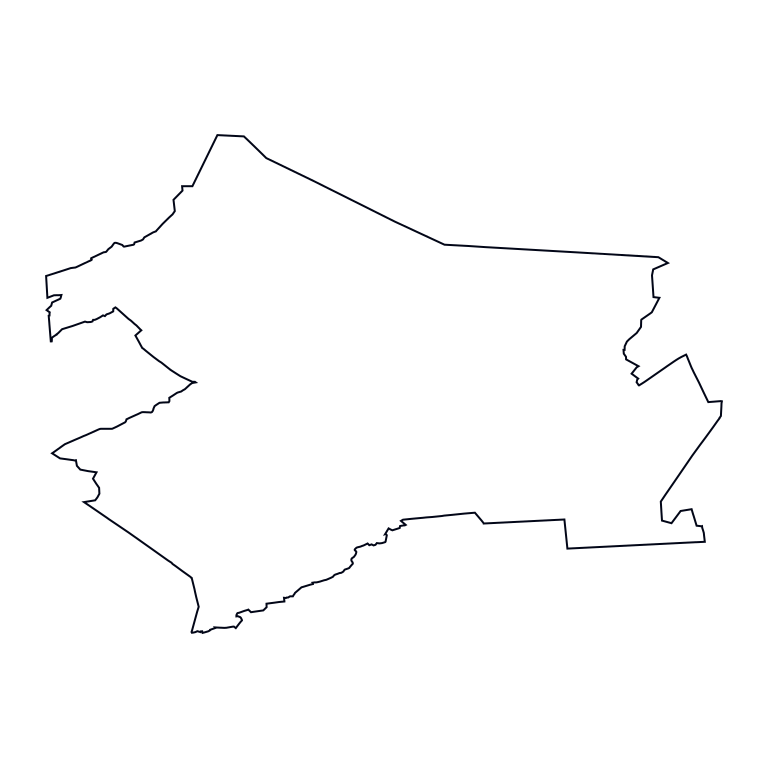 the district of Atašienes pag., Krustpils, Latvia
{"feature_id": "27541924B82770097220603", "entity_name": "Atašienes pag.", "entity_type": "district", "adm_level": 2, "iso_a3": "LVA", "parent_name": "Latvia", "parent_adm1": "Krustpils", "projection": "natural_earth1", "projection_center": [26.419, 56.547], "detail": "fine", "context": "isolated", "style": "outline", "palette": "ink", "viewbox_px": 768, "rotation_deg": 0, "n_neighbors": 0, "source": "geoboundaries", "source_scale": "gbopen_adm2", "svg_char_len": 5888}
<svg xmlns="http://www.w3.org/2000/svg" viewBox="0 0 768 768"><path d="M217.4,135.1L192.4,186.2L182.1,186.2L182.5,190.6L173.5,199.8L174.8,211.1L172.6,214.3L168.9,217.7L162.6,223.9L156.4,230.7L156.3,230.8L156.0,231.3L153.1,232.4L144.6,237.2L144.3,237.4L143.1,239.3L142.9,239.5L141.3,240.4L140.8,240.6L134.6,242.5L134.1,244.3L133.6,244.7L124.3,246.6L123.6,246.5L122.3,245.0L117.4,243.2L116.3,242.9L115.7,242.8L114.6,242.9L113.9,243.5L111.6,246.7L108.8,248.8L108.3,249.2L106.2,251.8L105.2,252.1L103.6,252.3L91.2,258.2L91.1,258.6L91.2,259.0L91.7,259.7L91.5,260.0L82.3,264.3L77.9,266.4L75.5,267.5L72.9,267.8L70.7,268.1L64.3,270.2L46.1,276.0L47.4,297.8L53.4,295.5L53.9,295.3L56.6,295.2L58.8,295.2L60.2,295.1L61.4,295.0L61.2,295.7L60.8,297.4L60.3,298.7L52.1,302.5L51.2,305.8L49.8,307.0L46.6,310.1L49.7,312.3L49.6,312.5L49.5,315.4L49.4,315.4L48.7,315.7L49.3,322.8L49.4,324.3L50.0,331.6L50.8,341.4L51.7,341.4L51.8,341.1L51.9,337.7L54.6,335.8L56.6,334.6L56.5,334.4L58.2,333.1L62.1,329.2L72.5,326.0L85.0,321.6L87.1,322.2L90.8,322.0L92.5,321.4L93.1,319.9L94.6,319.9L96.6,319.1L100.2,317.2L103.0,315.4L104.9,316.1L106.5,314.4L109.5,313.4L113.2,311.4L113.3,308.8L115.4,307.4L116.7,308.3L128.5,318.9L131.0,320.7L134.6,324.0L136.4,325.4L136.6,325.6L140.1,329.2L141.3,330.3L135.4,335.5L139.0,342.0L140.7,345.2L142.3,348.1L143.1,348.5L146.3,351.2L153.5,357.0L159.0,361.1L161.4,362.6L169.8,369.3L170.4,369.7L170.4,369.8L176.3,373.6L180.4,376.2L185.9,378.8L192.4,381.8L194.9,381.8L195.7,382.4L192.8,382.9L192.1,383.1L190.4,384.2L189.6,384.9L184.9,389.2L182.9,390.3L181.2,391.5L177.8,392.5L176.9,392.9L172.8,395.6L169.3,397.8L169.4,400.3L169.4,401.1L168.7,402.3L162.9,402.5L159.5,402.8L156.3,404.9L154.6,406.1L153.5,408.6L153.3,409.6L152.7,411.0L152.0,412.0L151.4,412.3L150.8,412.5L149.7,412.4L143.0,412.1L141.6,412.3L137.5,414.3L136.3,414.8L129.2,418.0L127.4,418.9L126.5,419.3L126.0,421.0L125.9,421.2L125.4,422.0L125.1,422.3L120.7,424.6L117.1,426.5L115.4,427.3L112.8,428.5L112.0,428.8L107.1,428.8L101.0,428.8L100.1,428.9L99.5,429.1L98.7,429.4L85.8,435.2L83.7,436.0L80.4,437.5L76.2,439.3L75.7,439.5L64.9,444.2L62.6,445.8L55.1,451.2L53.3,452.5L52.1,453.3L59.9,458.3L60.1,458.4L66.2,459.2L69.1,459.6L71.2,459.9L73.5,460.2L74.6,460.5L75.9,460.2L76.9,465.8L80.3,469.6L88.0,471.1L96.5,472.3L93.0,478.7L96.3,483.8L99.1,487.8L99.4,493.7L97.4,497.4L95.2,500.3L84.0,502.1L95.9,510.2L107.4,518.1L108.6,519.0L116.9,524.6L128.7,532.6L151.6,548.8L167.9,560.4L171.0,562.4L171.4,562.6L172.6,564.0L175.6,566.1L182.5,571.2L190.6,577.0L190.9,577.3L191.1,577.7L191.7,577.9L194.5,589.2L195.0,591.7L196.3,597.4L198.7,606.8L197.2,611.6L192.2,629.9L191.3,632.7L191.1,632.8L192.3,632.7L193.2,632.6L195.4,632.1L197.1,631.3L197.4,631.2L200.5,632.1L200.8,631.4L202.2,631.3L202.6,632.9L204.5,632.4L208.3,631.3L209.6,630.6L210.5,629.9L210.4,629.7L215.3,628.0L214.9,627.4L218.2,627.6L224.8,627.9L225.5,627.8L226.2,627.8L232.5,626.7L233.2,626.6L233.7,626.6L233.9,626.6L234.0,626.7L235.8,628.1L238.6,624.4L239.7,623.0L240.5,622.0L241.8,620.6L242.0,620.3L242.0,620.2L241.1,618.2L240.5,617.4L240.3,617.2L237.8,616.2L236.4,616.4L236.4,615.2L237.0,613.8L237.5,613.1L238.3,612.9L239.0,612.8L244.3,610.9L247.7,609.9L248.3,609.6L251.0,612.2L255.0,611.6L263.3,610.4L266.6,607.2L266.5,603.7L274.2,602.7L279.1,602.0L284.4,601.5L284.4,601.1L284.0,597.8L286.0,598.0L286.8,597.5L288.1,597.5L290.1,596.3L292.9,596.3L293.7,594.9L294.5,593.9L295.0,592.9L295.7,592.3L297.7,590.6L301.5,587.3L302.3,587.1L303.0,586.9L310.2,584.7L313.8,583.8L313.6,583.8L312.7,582.7L314.6,582.4L316.2,582.4L317.4,582.2L319.9,581.6L324.0,580.3L326.3,579.8L330.9,577.8L332.9,576.8L334.0,575.4L335.2,574.6L337.4,573.9L338.4,573.5L339.7,573.0L341.0,572.9L342.2,572.3L343.4,571.5L344.0,570.5L344.8,569.6L348.3,568.4L349.3,567.9L350.0,566.9L351.6,565.0L352.3,564.3L352.8,563.7L352.7,562.7L352.5,562.2L351.9,561.5L351.5,560.7L351.3,560.0L351.6,558.7L351.8,558.4L354.0,556.8L355.5,554.7L355.9,553.8L356.3,552.3L356.3,551.8L356.0,551.3L354.8,550.2L354.7,549.7L355.1,549.0L356.4,547.8L357.2,547.4L360.5,546.6L362.2,545.9L363.5,545.5L367.6,543.5L369.3,545.2L371.6,544.4L373.6,545.4L375.5,544.8L376.8,543.1L379.6,543.4L382.0,543.1L384.9,542.2L385.2,542.1L385.4,541.9L385.6,541.5L385.7,540.9L386.8,535.3L386.8,535.2L385.8,534.0L385.1,534.2L388.6,528.4L390.8,529.6L392.4,530.3L397.8,528.6L399.7,528.0L399.9,526.8L400.1,526.0L404.8,525.2L404.9,525.3L405.7,524.9L401.0,520.9L402.0,520.3L403.0,519.7L411.8,518.8L419.4,518.1L422.8,517.8L426.5,517.4L432.1,517.0L441.9,516.0L444.2,515.6L451.7,514.9L464.2,513.6L474.9,512.7L481.6,520.6L483.8,523.4L483.8,523.5L564.4,519.5L567.4,548.6L695.9,542.2L696.6,542.2L704.8,541.8L704.1,535.8L703.8,532.9L703.1,530.5L702.3,528.1L702.2,527.5L702.0,526.1L701.4,526.3L700.1,526.1L696.6,525.7L693.7,516.1L693.1,514.3L691.6,509.2L680.6,511.0L679.8,512.1L671.5,523.2L662.0,520.6L661.8,517.7L661.4,511.5L661.0,504.7L660.8,501.6L665.5,494.6L672.6,484.3L678.3,476.0L684.2,467.4L692.2,455.7L699.9,445.1L705.5,437.6L713.0,427.3L717.6,420.8L719.5,418.3L719.4,418.1L720.9,416.0L721.4,406.6L721.5,403.4L721.9,401.3L720.9,401.1L708.3,402.1L704.0,393.2L699.0,382.6L693.7,372.2L692.3,369.2L692.0,368.7L691.0,366.4L688.7,360.7L687.9,358.8L687.3,357.2L686.9,356.2L686.1,354.6L683.9,355.7L681.3,357.0L678.6,358.5L676.2,360.0L673.8,361.6L669.0,364.9L666.8,366.4L665.7,367.2L646.3,380.7L644.1,382.2L641.9,383.6L639.0,385.4L638.4,384.9L638.1,384.3L636.6,382.2L637.3,379.5L638.2,378.6L631.6,373.7L636.7,367.3L638.5,366.2L626.1,359.4L626.0,356.8L623.8,353.7L623.5,349.9L624.6,349.9L624.7,346.3L626.9,341.6L629.3,339.2L636.7,333.0L637.4,332.0L641.0,326.9L641.2,320.2L641.4,319.6L649.9,313.7L651.8,312.3L659.4,297.8L653.5,297.1L653.1,291.2L652.3,279.6L652.0,275.4L653.2,269.4L667.9,263.0L658.4,257.2L575.6,252.3L485.0,247.1L468.5,246.0L444.5,244.7L395.0,221.7L313.6,181.0L266.3,158.1L256.5,148.5L247.4,139.7L243.9,136.4L217.4,135.1Z" fill="none" stroke="#020617" stroke-width="2"/></svg>